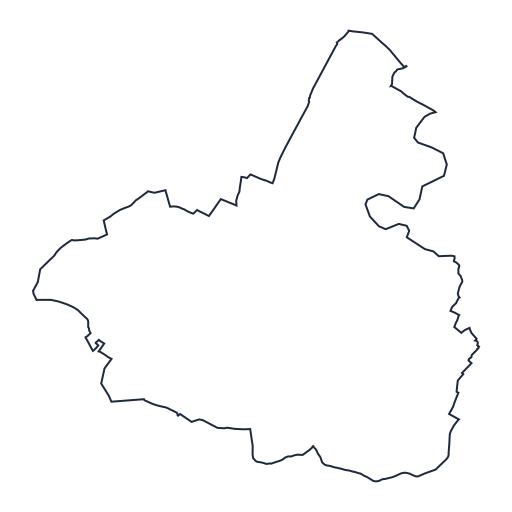 Santimbru, Alba, Romania
{"feature_id": "2599482B84264195249861", "entity_name": "Santimbru", "entity_type": "district", "adm_level": 2, "iso_a3": "ROU", "parent_name": "Romania", "parent_adm1": "Alba", "projection": "natural_earth1", "projection_center": [23.665, 46.133], "detail": "fine", "context": "isolated", "style": "outline", "palette": "slate", "viewbox_px": 512, "rotation_deg": 0, "n_neighbors": 0, "source": "geoboundaries", "source_scale": "gbopen_adm2", "svg_char_len": 4865}
<svg xmlns="http://www.w3.org/2000/svg" viewBox="0 0 512 512"><path d="M379.0,480.9L380.9,479.9L383.0,479.1L384.9,479.0L392.6,477.1L395.6,475.9L400.8,473.5L402.5,473.0L404.9,472.7L407.1,473.0L410.1,473.8L412.0,474.8L415.6,476.3L417.3,476.5L418.5,476.2L424.7,473.5L431.3,471.1L435.1,469.8L435.8,469.4L445.8,459.8L447.0,458.5L448.2,456.6L448.7,454.4L448.6,452.7L449.3,444.0L449.7,435.7L449.9,433.6L451.0,430.8L454.1,425.2L458.1,420.1L458.9,419.4L449.1,414.0L452.9,407.1L454.1,403.9L454.4,402.7L458.4,392.7L456.7,391.9L456.6,391.2L457.8,380.5L463.3,374.1L462.0,373.0L471.5,363.2L468.7,360.7L468.5,360.2L468.8,359.7L468.7,359.6L469.1,358.8L471.3,357.3L471.7,355.1L472.7,354.1L477.0,349.7L477.2,349.0L478.2,348.6L479.0,346.7L478.0,346.4L477.9,345.7L477.2,345.2L477.8,343.5L477.6,342.0L476.5,340.7L475.1,340.5L476.6,338.8L471.5,333.0L470.0,329.7L469.5,327.9L464.9,330.0L461.3,332.8L454.3,327.0L456.0,322.6L457.3,320.2L458.6,315.9L459.2,315.1L454.8,312.7L450.5,310.9L452.1,307.0L453.4,305.6L456.1,303.2L456.8,301.5L458.0,299.4L458.7,297.9L459.5,297.4L458.7,296.5L457.8,293.7L459.4,287.3L460.7,284.6L462.3,281.7L462.2,280.2L460.6,276.0L458.4,273.5L458.4,269.1L459.3,265.8L459.0,264.9L456.0,262.3L454.0,261.4L453.8,261.0L454.6,258.6L454.5,256.3L451.5,255.7L438.8,256.2L433.4,251.4L424.9,249.1L406.8,237.3L409.2,230.8L406.7,225.8L398.8,223.9L385.7,229.2L379.0,226.3L369.9,216.5L365.5,204.4L367.4,199.6L378.8,194.1L388.5,196.2L404.1,206.9L413.7,208.4L419.5,199.4L422.3,186.4L444.0,175.8L446.8,164.5L443.2,153.3L431.8,147.5L417.9,142.5L414.1,137.8L415.4,131.9L415.8,129.9L416.2,127.9L421.7,120.5L424.5,116.9L430.0,113.7L432.8,112.9L435.6,112.2L435.2,111.8L433.3,110.4L425.1,105.8L422.5,104.4L419.8,103.1L417.1,101.7L413.1,99.3L409.3,96.9L407.7,96.7L406.6,95.9L404.7,94.4L402.9,93.0L401.3,91.4L391.3,85.9L390.9,86.0L392.0,84.0L392.1,82.5L392.4,76.6L394.4,72.5L396.0,71.3L396.9,69.9L397.6,69.4L402.8,68.3L404.6,67.4L406.5,66.4L406.3,66.0L404.1,67.0L401.6,64.1L398.9,61.0L396.6,58.2L389.9,50.1L385.5,45.8L382.1,42.9L372.3,34.0L371.8,33.8L362.7,32.4L355.2,31.6L354.6,31.6L348.6,30.7L348.6,31.3L348.2,31.8L344.5,36.2L343.1,37.4L341.8,38.5L339.5,40.3L339.4,40.2L336.8,42.6L337.2,43.6L337.1,44.4L335.9,45.9L316.2,82.6L312.9,88.7L311.0,93.5L310.4,94.6L309.7,97.8L309.2,97.9L308.8,101.0L309.2,101.8L307.6,106.4L305.9,109.4L303.7,113.5L300.8,118.7L298.2,123.7L294.4,130.6L285.1,148.0L280.4,157.5L278.3,162.5L274.4,178.5L272.6,183.2L270.4,182.5L265.4,180.3L265.1,180.4L260.2,178.7L255.7,176.7L250.4,174.4L247.0,178.1L246.7,178.0L243.9,177.2L241.4,176.9L240.8,181.5L239.8,187.8L239.4,191.7L237.7,195.3L236.6,199.2L236.2,200.7L236.5,205.5L220.8,199.1L217.0,204.5L212.6,210.9L208.9,216.0L198.3,210.7L197.1,210.0L193.3,213.7L190.3,212.6L187.1,211.1L184.1,209.3L181.9,208.6L180.9,208.0L179.2,207.3L176.5,206.6L173.7,206.4L170.1,206.7L165.4,190.2L154.9,192.7L153.0,192.5L148.1,191.3L139.3,198.0L135.9,200.3L131.1,205.3L128.4,206.7L124.9,207.9L119.9,210.0L114.3,213.4L112.4,214.8L110.4,216.5L103.7,220.4L105.6,228.6L107.0,234.5L97.6,238.7L95.0,238.3L88.9,238.5L85.3,239.6L83.8,239.7L82.9,239.8L81.1,240.0L79.4,240.1L77.5,240.3L74.0,240.4L72.1,240.0L71.3,240.2L68.6,242.0L64.4,245.0L60.5,248.0L57.2,251.4L55.9,253.1L54.2,255.7L52.5,257.4L50.2,259.5L46.0,263.6L40.2,269.3L37.8,282.0L35.4,286.5L33.0,291.0L33.2,291.7L33.4,292.3L33.5,293.7L36.6,300.0L37.9,299.9L51.2,299.9L58.9,301.6L66.9,304.3L73.7,307.4L77.9,310.1L83.5,315.6L87.1,318.9L88.0,320.5L88.2,321.6L88.2,327.1L88.4,327.4L88.9,328.3L89.2,330.5L90.6,333.1L87.3,336.2L85.5,337.3L92.9,350.9L94.2,349.9L94.7,349.4L95.0,349.1L96.1,348.0L97.3,346.7L98.3,345.4L95.7,343.0L95.8,342.5L97.5,341.2L98.8,339.8L100.3,341.1L104.2,343.5L98.7,351.4L99.2,351.5L99.8,351.7L101.5,352.6L105.7,355.3L106.1,355.6L106.8,356.1L107.7,356.9L109.1,357.6L111.5,358.9L104.5,368.5L103.4,373.5L101.2,383.5L106.9,392.7L108.7,395.6L111.4,401.7L130.8,400.2L143.9,399.2L144.2,400.0L144.8,400.4L153.3,404.2L156.8,405.3L162.0,406.6L165.5,407.3L168.3,408.4L169.8,409.3L173.9,411.2L176.8,412.7L177.4,413.7L177.7,415.5L178.1,415.7L180.1,414.0L191.6,421.9L199.2,419.4L202.7,420.1L217.3,427.8L224.3,428.3L227.0,427.7L235.0,428.9L242.9,429.3L250.2,429.1L252.6,445.5L252.7,446.9L252.6,451.2L252.6,454.6L253.2,458.2L255.3,460.5L256.1,461.3L256.9,461.7L258.7,462.0L261.8,462.5L263.9,463.1L265.8,463.8L266.8,463.9L270.1,463.4L271.0,463.7L275.0,462.3L279.6,460.9L282.3,459.7L284.5,458.1L286.3,457.0L288.5,456.4L291.0,456.5L293.7,455.5L297.2,454.7L302.7,454.9L309.4,450.0L311.7,448.0L312.6,446.8L312.7,446.3L313.1,446.1L314.8,448.3L315.5,448.9L316.7,450.9L317.7,453.3L320.4,457.2L322.1,462.3L324.3,464.3L325.2,464.9L327.1,465.5L328.8,465.7L332.6,466.7L335.1,467.5L336.8,467.7L342.5,469.1L345.0,469.9L349.5,470.6L352.8,471.6L354.7,471.9L358.0,473.0L360.8,473.7L364.0,475.7L367.2,477.1L373.3,480.9L375.0,481.3L376.8,481.3L379.0,480.9Z" fill="none" stroke="#1e293b" stroke-width="2"/></svg>